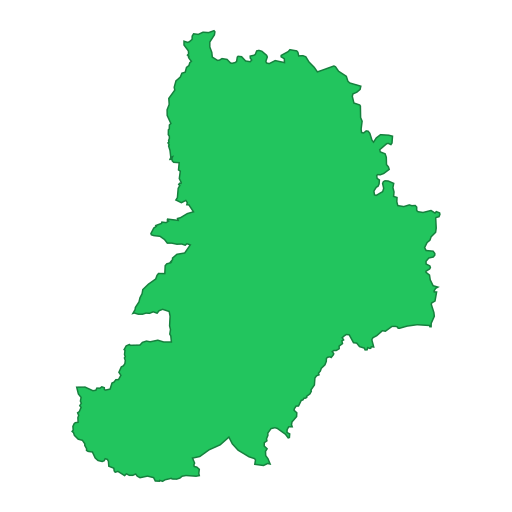 Totatiche, Jalisco, Mexico
{"feature_id": "50627088B28012319931887", "entity_name": "Totatiche", "entity_type": "district", "adm_level": 2, "iso_a3": "MEX", "parent_name": "Mexico", "parent_adm1": "Jalisco", "projection": "orthographic", "projection_center": [-103.496, 21.965], "detail": "fine", "context": "isolated", "style": "filled", "palette": "green", "viewbox_px": 512, "rotation_deg": 0, "n_neighbors": 0, "source": "geoboundaries", "source_scale": "gbopen_adm2", "svg_char_len": 6012}
<svg xmlns="http://www.w3.org/2000/svg" viewBox="0 0 512 512"><path d="M296.7,50.9L289.9,49.7L288.2,51.6L281.2,55.4L281.1,56.8L284.3,58.7L284.5,62.6L275.2,60.6L269.3,63.6L266.7,63.1L265.8,61.4L267.3,57.0L266.6,55.3L261.9,51.3L258.9,50.4L256.7,50.9L255.3,54.4L254.2,55.2L250.2,56.1L250.3,58.2L251.7,60.0L250.2,61.7L245.6,61.0L241.6,56.7L238.1,56.3L237.3,57.1L236.6,61.4L235.3,62.5L232.1,63.3L230.5,63.0L227.0,59.4L222.0,58.6L219.4,60.2L217.5,60.4L212.3,57.1L211.8,52.4L209.8,47.0L209.8,42.0L214.4,34.9L214.9,31.8L214.0,30.7L208.6,32.6L203.0,32.2L198.3,34.4L193.6,33.8L192.2,36.1L192.1,39.4L189.3,41.8L187.6,42.4L184.0,41.2L184.0,45.0L188.4,50.9L188.6,53.9L187.5,55.1L188.9,56.2L188.4,56.8L189.1,58.4L191.4,61.3L189.8,62.7L188.9,65.6L186.5,67.4L185.2,72.2L181.9,73.2L180.3,77.1L176.0,80.8L174.2,87.3L174.8,90.1L168.8,98.4L169.2,104.4L167.1,109.8L167.2,115.5L170.9,123.5L169.4,125.0L169.3,128.9L168.4,129.8L168.3,134.7L169.3,136.1L169.4,138.3L168.6,140.4L168.9,142.4L168.0,142.9L169.2,144.9L168.6,146.0L170.0,150.5L170.8,157.4L170.0,159.4L171.4,159.3L171.6,157.0L172.7,156.6L171.9,158.4L172.2,160.8L173.7,162.3L179.2,162.7L178.5,169.9L180.3,171.2L179.3,178.6L181.2,182.4L181.0,183.4L179.7,183.2L178.7,184.4L179.8,185.6L178.2,188.3L177.4,197.7L175.9,200.0L181.4,202.7L185.8,200.4L187.3,202.6L186.8,204.7L188.9,204.9L193.5,211.8L187.3,213.6L180.5,217.7L177.5,218.5L178.2,220.4L167.6,219.1L167.3,220.1L168.5,221.1L166.1,222.6L161.9,222.1L161.5,223.4L155.8,225.5L156.3,226.4L153.8,228.0L150.9,233.6L151.4,234.8L153.8,235.6L160.0,236.3L164.5,239.5L167.3,243.1L171.6,243.1L176.9,244.2L181.7,244.0L185.2,245.2L186.9,243.7L190.3,244.9L184.7,253.0L176.9,254.3L172.5,258.1L172.6,259.5L170.6,261.9L171.3,262.1L170.7,262.8L166.8,263.8L165.2,265.7L164.8,273.6L158.5,273.5L157.0,275.4L155.7,279.0L148.5,284.1L142.8,289.6L142.1,293.7L140.0,297.7L139.0,301.9L135.4,307.4L135.1,309.6L132.9,313.4L134.3,313.0L138.3,314.2L142.5,314.2L146.0,313.1L149.6,313.3L153.2,311.8L157.1,313.2L159.1,310.7L162.6,309.3L169.2,311.5L170.1,316.3L169.6,325.9L170.5,329.5L169.8,334.1L170.8,335.9L171.4,342.0L163.7,342.0L157.8,340.2L150.2,341.8L146.4,341.1L142.4,342.4L139.9,345.1L130.3,345.3L129.4,344.5L126.2,345.9L124.1,349.6L125.0,350.3L124.5,354.5L125.3,356.7L124.4,357.9L125.3,360.4L124.9,363.6L123.4,365.8L121.3,366.9L118.9,372.3L120.9,375.3L118.5,379.6L115.9,379.7L113.9,382.2L112.0,383.0L110.1,389.1L105.4,390.1L104.4,389.5L104.3,387.7L101.8,386.8L100.0,388.2L96.9,388.1L95.8,390.3L92.9,390.7L85.1,387.1L76.7,387.2L78.4,394.0L81.1,397.4L80.4,401.1L81.3,403.2L79.8,405.7L81.1,407.4L79.3,411.6L77.6,412.8L78.7,415.4L77.9,417.6L78.1,422.3L75.3,422.7L74.2,423.6L72.9,426.4L73.2,430.1L72.1,431.4L73.5,432.6L74.4,435.4L78.2,439.2L82.4,440.3L84.8,443.8L84.8,445.5L86.6,448.7L86.5,450.4L88.1,451.4L92.4,452.0L95.2,458.0L98.0,460.5L102.2,461.5L104.2,460.7L105.2,458.7L107.4,459.4L108.4,461.2L108.8,466.2L113.8,468.2L114.2,470.9L115.2,472.2L118.0,471.4L124.6,475.6L126.4,473.8L129.3,475.3L132.8,475.3L135.7,474.0L137.2,476.1L140.0,477.7L147.5,476.1L153.6,477.6L155.3,481.0L159.5,481.2L159.7,480.4L162.6,481.3L165.0,479.8L171.3,478.3L172.1,479.0L176.7,479.1L180.0,478.0L182.1,476.2L186.0,475.5L196.1,476.2L199.3,475.6L198.8,473.4L199.3,469.3L196.8,467.1L194.2,466.5L193.9,464.7L194.6,463.1L192.5,458.1L199.8,456.5L209.1,449.8L220.2,444.8L228.9,437.1L232.3,443.8L238.1,450.2L249.0,456.8L254.5,458.6L255.5,459.9L254.8,464.3L263.5,465.5L267.6,463.5L270.1,464.0L268.0,458.8L265.7,455.6L265.5,451.3L267.1,448.8L264.2,446.0L264.3,442.7L266.9,440.8L266.5,438.7L267.9,435.4L267.8,433.1L271.0,428.6L274.9,427.7L277.3,428.4L285.4,434.2L288.2,437.9L289.4,437.5L289.7,433.9L287.0,432.5L287.1,429.7L288.7,426.8L292.2,426.8L291.5,424.7L292.0,421.9L296.6,416.6L296.8,412.8L294.0,410.2L294.5,408.5L296.1,406.1L298.5,406.0L301.3,400.3L302.8,400.0L304.0,398.2L305.7,398.1L306.8,397.2L306.6,396.3L309.9,393.9L311.3,391.3L311.0,389.9L314.4,385.0L314.9,378.1L316.5,375.8L319.0,374.8L318.5,373.1L320.3,371.1L321.3,368.3L324.9,364.9L326.3,361.4L326.4,358.5L327.5,357.3L329.9,356.8L331.2,357.5L333.5,354.6L333.7,353.5L332.2,351.7L333.8,350.5L336.2,350.5L339.2,348.7L339.1,346.1L342.5,343.6L341.9,340.9L343.6,339.9L342.2,337.7L344.3,335.8L346.3,334.5L349.2,334.8L353.5,342.7L356.7,343.1L359.5,346.6L364.3,348.1L365.1,349.9L367.1,349.8L367.8,347.6L369.7,348.4L370.7,348.3L371.3,346.7L373.7,347.0L371.8,339.7L372.9,337.7L376.7,335.7L382.4,330.7L385.4,331.2L392.0,326.4L395.6,326.4L397.4,326.9L398.1,328.2L399.4,328.3L407.1,326.1L417.1,324.7L429.6,325.5L429.9,326.7L431.1,326.7L431.2,323.3L434.3,316.3L433.9,312.6L431.3,304.4L431.6,303.0L435.0,301.0L436.6,292.0L434.2,291.9L434.1,290.9L435.6,288.4L437.9,287.1L433.1,285.7L430.2,279.8L429.5,275.1L426.0,272.3L425.9,271.3L429.7,268.9L430.4,267.5L429.8,265.9L426.1,264.0L426.0,261.3L428.8,258.0L433.3,257.0L434.8,255.1L434.8,253.5L433.1,251.2L426.1,250.5L424.6,247.6L427.1,242.5L429.9,240.2L431.1,236.8L435.6,232.3L436.2,228.1L435.7,218.2L436.0,217.5L439.0,216.7L439.9,214.4L439.6,212.9L436.3,211.6L435.0,213.1L431.0,210.5L423.0,212.5L418.0,211.7L416.7,210.5L416.7,207.1L415.2,205.5L411.8,205.7L409.3,204.9L403.8,206.6L397.8,205.6L396.8,201.8L397.0,197.5L393.6,196.4L394.0,192.0L392.9,187.6L393.7,183.4L388.2,181.0L385.0,180.8L383.4,181.7L382.6,183.5L383.7,188.3L382.7,191.6L376.2,195.4L374.5,194.9L373.9,191.3L374.4,190.2L376.3,187.2L378.0,186.3L379.1,183.9L379.4,180.0L377.1,178.4L376.7,175.6L377.6,174.6L380.2,174.8L383.7,173.5L389.2,169.4L388.4,166.9L386.5,164.6L386.3,157.3L385.1,153.8L380.3,151.9L379.7,149.7L386.8,143.6L388.4,143.4L390.9,144.6L392.0,143.0L392.5,136.2L388.7,135.2L380.5,134.7L376.3,137.9L373.5,142.2L372.0,140.3L369.8,133.3L368.1,131.2L366.2,130.9L363.6,133.0L361.6,132.6L361.1,129.2L362.1,121.2L360.6,117.6L360.4,106.1L359.7,105.0L353.9,103.0L352.3,96.4L352.9,93.9L356.8,92.2L360.1,89.4L360.8,86.2L349.8,83.0L347.9,81.3L346.3,76.3L338.5,71.2L335.5,66.8L333.9,66.0L317.4,71.9L314.2,67.3L308.9,61.9L305.8,56.8L302.9,55.7L298.7,55.9L297.9,52.3L296.7,50.9Z" fill="#22c55e" stroke="#15803d" stroke-width="1.5"/></svg>